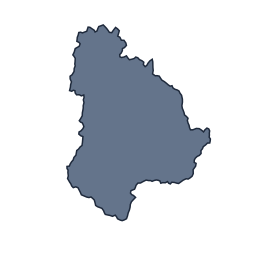 outline of Pindobaçu, Bahia, Brazil, rotated 202°
{"feature_id": "56859067B54064928423226", "entity_name": "Pindobaçu", "entity_type": "district", "adm_level": 2, "iso_a3": "BRA", "parent_name": "Brazil", "parent_adm1": "Bahia", "projection": "natural_earth1", "projection_center": [-40.338, -10.721], "detail": "fine", "context": "isolated", "style": "filled", "palette": "slate", "viewbox_px": 256, "rotation_deg": 202, "n_neighbors": 0, "source": "geoboundaries", "source_scale": "gbopen_adm2", "svg_char_len": 3195}
<svg xmlns="http://www.w3.org/2000/svg" viewBox="0 0 256 256"><g transform="rotate(202 128 128)"><path d="M50.5,107.3L50.4,110.1L52.0,113.8L51.0,117.9L51.6,120.7L53.7,120.9L54.5,123.0L54.3,125.2L53.2,127.6L51.6,129.3L50.7,131.7L51.9,134.4L51.2,136.6L51.2,138.9L49.7,141.4L48.7,143.8L46.6,144.7L46.9,146.6L47.5,148.7L49.3,149.9L49.9,152.0L50.7,153.7L51.2,155.9L52.8,157.4L54.8,157.5L56.0,155.1L56.5,152.7L59.2,153.6L61.7,154.1L64.5,153.2L67.2,150.6L69.4,149.7L71.1,151.4L72.4,153.4L74.2,155.1L75.8,157.2L76.0,159.5L78.2,160.6L80.5,161.3L81.7,163.1L83.6,165.2L85.0,166.6L86.4,168.9L87.2,172.4L88.4,175.2L90.6,178.4L92.9,179.8L94.6,181.4L96.5,181.7L99.3,181.5L101.5,182.1L103.0,183.7L104.6,182.6L106.6,183.0L109.2,183.9L111.6,184.6L114.6,185.1L116.4,186.3L118.5,187.8L120.7,187.4L122.3,186.6L125.5,187.4L126.2,190.8L127.6,193.5L128.6,195.8L129.8,198.6L131.3,200.8L132.9,198.3L133.7,195.6L134.0,193.2L135.1,191.3L137.5,192.5L138.0,194.9L140.3,195.6L143.0,195.7L145.2,196.8L147.4,196.7L148.2,194.9L149.8,193.5L152.3,191.8L154.4,192.9L156.5,194.3L158.3,192.3L160.5,190.9L162.2,191.0L163.2,193.0L162.4,194.9L162.2,197.5L162.9,199.6L161.4,201.2L160.4,204.0L161.8,206.0L164.6,207.8L167.1,206.9L169.5,209.1L171.9,209.3L172.2,212.3L172.5,214.9L174.8,216.0L177.2,216.6L178.2,213.1L178.8,210.3L181.1,209.7L183.0,211.0L185.1,212.3L187.7,213.5L189.6,214.3L191.3,212.7L193.1,211.1L193.2,209.0L193.1,206.4L194.5,204.7L196.0,206.0L198.5,206.5L201.0,207.1L202.8,206.6L202.5,202.2L204.1,200.8L205.9,199.1L207.8,199.1L209.4,198.1L209.0,195.4L209.0,193.1L208.4,191.1L207.9,189.2L205.4,189.0L203.9,188.1L203.9,185.4L205.5,183.4L206.7,181.9L206.3,178.1L206.5,175.1L205.0,174.3L203.0,172.8L201.8,169.3L201.3,167.4L200.2,165.8L200.2,163.1L199.2,160.2L199.8,156.4L201.1,154.3L200.0,151.8L197.7,149.6L197.4,146.6L196.7,144.3L196.2,140.8L193.9,141.0L192.9,142.5L191.2,142.7L190.1,140.7L188.1,139.5L185.6,140.6L183.3,140.3L181.4,142.0L180.2,140.0L180.0,137.4L178.3,135.0L177.9,131.9L177.0,129.8L176.5,127.6L176.0,124.9L175.0,122.2L175.4,119.0L175.9,116.5L174.2,115.7L172.4,115.7L170.6,114.1L169.4,112.6L169.6,110.3L170.6,107.6L171.9,106.0L171.3,103.9L168.8,103.1L166.6,103.2L165.8,100.7L164.8,97.4L164.1,94.5L165.2,92.7L166.0,89.8L167.1,87.9L166.6,85.7L166.1,83.3L167.1,80.5L166.9,77.7L167.7,75.4L168.1,73.1L168.1,70.7L170.2,69.5L169.3,67.5L167.8,66.5L167.0,64.1L165.4,61.2L165.1,58.5L163.4,57.2L161.9,56.0L160.1,54.8L158.5,53.2L156.4,52.2L154.4,53.9L152.0,53.9L148.2,50.6L146.2,48.6L140.4,48.5L138.1,48.9L136.5,50.2L134.4,49.5L132.4,48.7L130.5,46.3L129.0,44.1L126.8,43.6L124.0,43.7L122.0,43.7L119.7,42.2L118.1,40.5L116.7,39.4L114.6,39.7L111.9,40.2L109.3,40.3L107.2,42.4L105.4,41.4L103.7,39.9L100.7,39.7L98.7,39.9L97.0,41.4L95.4,43.3L95.5,46.1L96.0,49.3L96.0,52.6L96.4,55.3L97.2,58.0L97.2,60.8L96.1,63.8L95.0,66.5L97.7,67.5L99.5,67.6L101.3,68.5L101.8,71.0L99.0,73.7L98.9,75.8L99.1,77.8L98.2,80.6L95.8,81.7L94.2,83.7L91.7,86.5L89.1,87.0L87.5,87.7L85.7,87.6L84.0,89.2L82.3,90.4L80.6,90.8L78.7,90.9L76.9,89.1L75.4,90.3L72.9,91.2L71.3,93.1L69.5,92.0L67.8,92.0L67.1,94.1L64.6,94.9L62.3,95.1L60.3,95.5L58.9,97.7L57.3,100.3L55.1,102.7L53.1,103.2L51.7,105.1L50.5,107.3Z" fill="#64748b" stroke="#1e293b" stroke-width="1.5"/></g></svg>